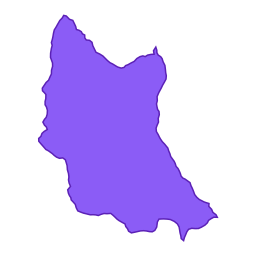 Guaraciama, Minas Gerais, Brazil
{"feature_id": "56859067B51943850078190", "entity_name": "Guaraciama", "entity_type": "district", "adm_level": 2, "iso_a3": "BRA", "parent_name": "Brazil", "parent_adm1": "Minas Gerais", "projection": "orthographic", "projection_center": [-43.612, -17.067], "detail": "fine", "context": "isolated", "style": "filled", "palette": "violet", "viewbox_px": 256, "rotation_deg": 0, "n_neighbors": 0, "source": "geoboundaries", "source_scale": "gbopen_adm2", "svg_char_len": 2758}
<svg xmlns="http://www.w3.org/2000/svg" viewBox="0 0 256 256"><path d="M217.3,217.3L216.0,214.7L212.9,212.4L211.6,209.3L208.8,206.4L209.0,203.5L206.3,202.7L204.0,201.9L201.7,200.7L199.3,199.5L196.9,197.4L194.7,194.6L193.5,191.3L192.2,188.1L191.0,185.7L190.0,182.6L187.3,180.7L185.1,179.1L182.9,178.1L181.1,176.1L180.3,173.4L179.1,170.6L178.0,168.5L176.1,166.4L175.2,163.5L174.1,161.2L172.7,159.3L170.7,156.5L169.9,153.7L168.7,150.9L167.8,148.0L166.3,146.2L164.7,144.2L162.3,141.7L160.4,138.9L159.3,136.9L158.2,134.6L156.4,131.6L156.1,128.1L157.1,125.3L158.5,122.1L158.2,118.5L159.3,114.7L159.0,111.4L157.6,109.5L156.9,106.3L156.5,103.8L157.3,100.7L157.1,96.6L158.8,92.6L160.2,90.0L161.4,87.8L162.5,85.4L164.4,82.1L166.0,79.1L166.3,75.7L165.7,72.7L165.4,69.4L164.9,65.4L163.1,61.8L162.1,58.6L160.7,56.7L158.2,55.1L156.9,52.7L156.8,50.2L155.8,47.1L153.5,50.7L154.1,54.2L151.0,54.4L147.6,55.1L145.2,56.6L142.9,55.9L140.1,56.6L136.9,58.5L134.2,61.4L130.6,63.2L128.0,64.7L125.6,65.6L124.1,67.4L121.2,68.1L117.6,67.0L115.1,65.5L112.5,63.9L110.0,62.7L107.4,60.5L105.2,58.3L102.9,56.0L99.7,54.0L96.0,52.3L94.4,49.0L92.8,45.7L92.0,42.3L89.5,40.3L86.3,40.0L84.8,37.9L84.7,35.0L82.4,33.8L81.3,31.7L79.1,30.3L76.4,29.5L75.7,26.5L74.4,23.7L72.8,20.4L69.5,19.3L66.3,16.0L63.7,15.4L62.3,17.9L59.8,20.5L57.8,24.0L55.9,27.4L54.3,29.9L53.5,33.2L52.9,36.8L52.3,39.5L51.4,42.6L52.2,45.4L51.4,48.4L50.6,53.1L50.5,57.4L51.7,60.7L52.5,62.9L52.6,66.3L51.5,70.2L51.4,74.0L50.0,76.9L48.6,80.2L46.1,82.5L44.1,85.5L42.3,88.2L42.5,90.8L44.2,92.5L45.9,94.5L45.8,98.6L45.1,101.5L45.1,104.8L46.4,106.9L47.4,110.3L47.2,114.2L46.2,117.4L44.5,119.3L42.9,122.1L44.5,125.2L46.3,126.9L47.3,129.5L44.2,131.4L42.0,133.4L40.9,136.4L38.7,138.4L38.8,141.3L41.1,144.0L43.4,146.6L45.9,149.5L48.4,150.8L50.2,152.1L52.3,153.6L54.2,155.4L56.5,157.1L59.4,158.3L62.7,157.9L65.3,159.7L66.2,162.5L67.1,165.6L67.4,169.8L68.5,173.6L68.9,177.0L68.5,179.9L69.1,183.0L70.5,186.4L67.7,189.8L68.4,193.2L69.5,195.7L70.8,197.6L71.2,199.9L73.3,202.1L75.3,204.4L76.2,207.7L77.8,210.9L80.7,212.1L83.4,213.1L86.7,213.9L90.3,214.8L93.1,214.7L95.8,214.9L98.3,215.5L101.2,214.3L104.0,213.5L107.0,213.7L110.8,213.4L113.2,215.4L115.1,217.2L116.9,219.0L118.9,220.5L122.2,222.4L125.0,223.9L125.8,226.6L127.5,228.7L128.6,231.2L131.4,232.9L135.6,232.0L138.3,231.4L140.5,230.9L143.6,230.7L146.6,231.0L149.4,231.6L152.3,231.8L154.8,230.4L156.7,227.1L157.4,221.9L159.0,219.1L163.5,218.9L167.2,219.1L170.3,219.5L174.3,221.4L177.4,223.9L179.1,227.0L179.7,230.5L180.1,233.0L180.8,235.7L181.2,238.6L183.6,240.6L184.4,237.6L185.5,235.1L186.9,231.7L188.6,229.3L191.7,228.3L195.3,228.6L198.4,228.5L201.2,227.3L205.0,225.1L207.4,222.8L208.5,220.4L210.9,218.8L213.8,217.2L217.3,217.3Z" fill="#8b5cf6" stroke="#5b21b6" stroke-width="1.5"/></svg>